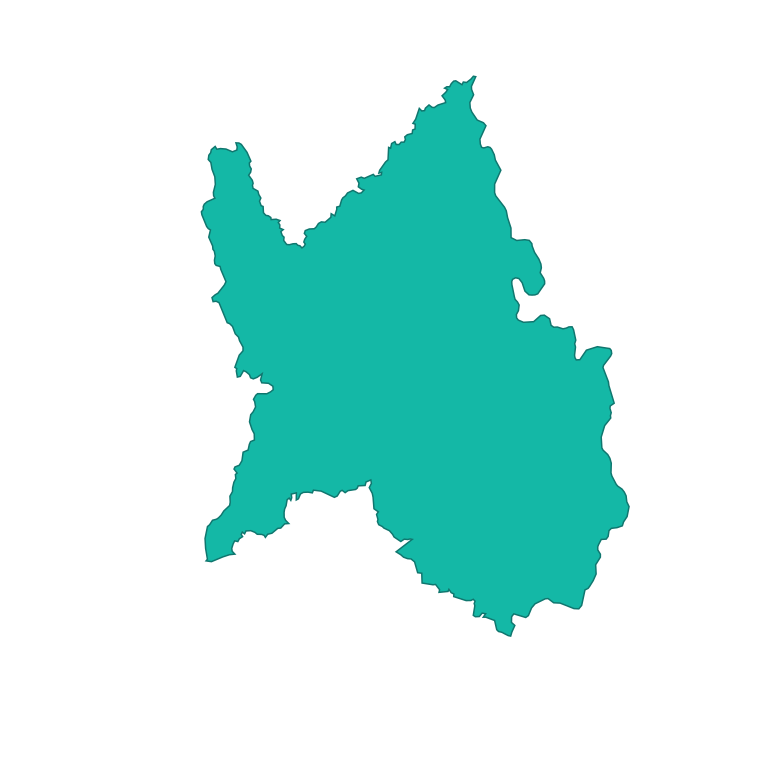 outline of Minaçu, Goiás, Brazil, rotated 341°
{"feature_id": "56859067B20779755358957", "entity_name": "Minaçu", "entity_type": "district", "adm_level": 2, "iso_a3": "BRA", "parent_name": "Brazil", "parent_adm1": "Goiás", "projection": "albers", "projection_center": [-48.381, -13.496], "detail": "fine", "context": "isolated", "style": "filled", "palette": "teal", "viewbox_px": 768, "rotation_deg": 341, "n_neighbors": 0, "source": "geoboundaries", "source_scale": "gbopen_adm2", "svg_char_len": 6171}
<svg xmlns="http://www.w3.org/2000/svg" viewBox="0 0 768 768"><g transform="rotate(341 384 384)"><path d="M249.5,246.3L249.2,250.5L252.2,251.1L254.5,253.4L255.7,275.0L257.7,276.7L259.5,280.3L259.7,288.1L261.7,292.3L261.5,296.0L262.7,303.2L261.5,306.7L256.5,309.6L248.4,319.7L249.8,321.5L248.6,323.5L247.6,329.7L250.6,330.0L255.6,325.6L257.6,327.6L259.8,331.3L259.9,334.7L262.1,336.6L266.2,336.4L272.1,334.6L268.6,340.0L268.8,343.1L275.0,345.7L278.2,349.9L277.4,353.3L274.2,354.5L270.0,355.1L261.3,352.0L259.1,352.9L255.6,356.0L256.0,358.6L255.1,363.9L251.2,367.7L248.0,369.6L244.5,376.0L244.4,384.0L245.1,388.8L243.2,394.8L239.1,395.0L237.1,397.1L234.0,402.2L228.6,402.6L224.7,410.3L220.7,413.7L216.1,413.9L214.5,415.6L216.1,420.4L214.0,421.2L213.1,425.2L210.1,428.0L207.1,432.8L205.7,436.4L201.8,439.9L200.1,445.7L198.5,448.6L191.2,451.9L187.3,455.0L183.9,456.7L181.6,457.3L177.5,457.0L173.3,460.3L170.7,461.3L164.5,471.8L161.8,481.4L160.0,492.2L158.2,493.3L163.0,495.8L175.3,495.0L182.3,495.1L187.6,496.3L186.0,492.8L186.5,489.9L189.2,486.2L191.7,483.7L194.5,485.4L196.9,483.2L200.6,482.3L200.0,479.8L201.8,477.9L203.4,480.3L205.7,478.0L210.3,479.3L213.7,482.3L215.2,484.8L219.4,486.4L221.4,488.1L221.9,490.4L225.1,488.2L229.5,488.6L236.6,485.9L239.5,486.6L244.5,483.9L248.5,484.9L246.6,480.9L246.2,477.6L247.7,472.9L249.3,469.9L251.8,467.2L254.7,461.9L257.2,461.0L258.0,463.7L259.7,461.5L260.5,457.9L265.7,458.4L263.3,465.1L265.7,464.7L269.2,460.8L272.4,460.2L276.9,461.5L280.8,463.6L282.7,461.4L289.7,464.8L300.2,475.0L303.3,474.7L307.6,471.2L309.8,470.9L311.9,474.1L315.2,473.1L322.9,474.5L324.9,473.7L326.4,471.9L333.1,473.8L335.1,470.8L340.3,470.4L339.7,473.9L336.3,477.2L337.3,483.5L336.8,487.5L333.9,498.7L337.0,503.0L334.5,504.9L334.2,510.0L333.0,511.9L333.2,515.3L336.0,518.2L337.0,520.2L341.4,524.5L343.2,529.0L343.7,531.9L348.6,538.4L352.6,537.3L355.9,538.8L358.2,539.0L360.1,540.1L340.8,546.6L344.2,550.8L346.1,554.1L349.4,556.8L352.6,558.2L355.0,562.1L354.4,573.4L358.1,575.2L355.2,584.6L365.0,589.8L367.5,590.3L369.6,596.6L368.2,598.9L377.0,601.0L378.5,599.3L379.6,603.2L381.7,605.3L380.7,607.7L391.1,615.5L395.7,617.0L398.3,616.6L399.4,619.0L397.8,620.9L397.7,623.2L393.1,631.8L394.6,633.8L398.4,634.9L402.2,632.6L405.3,634.3L401.9,636.8L404.3,637.6L411.6,643.6L410.6,653.0L411.7,655.3L414.4,657.0L419.5,662.3L421.7,663.6L424.2,660.1L429.1,654.9L426.9,650.9L428.9,645.6L431.9,643.6L442.0,650.9L445.1,650.0L450.7,643.7L455.3,641.0L466.5,639.6L469.3,640.3L473.2,646.1L479.2,648.5L490.5,658.2L495.0,660.0L498.8,657.7L507.0,644.1L510.4,643.7L512.5,642.3L517.8,638.0L522.7,632.7L525.3,623.8L532.2,618.2L533.2,615.4L532.1,610.5L533.1,607.5L534.5,605.8L538.8,601.7L543.6,603.0L546.3,601.1L549.0,595.9L552.0,594.5L557.6,595.7L563.2,595.7L565.6,592.4L570.7,588.5L575.8,579.7L575.2,574.4L576.5,568.6L576.0,564.4L574.8,560.8L571.7,556.6L570.9,554.4L569.5,545.2L569.7,541.9L573.1,532.9L573.4,527.8L572.6,523.6L569.6,517.9L569.2,515.3L572.1,504.9L579.1,495.2L587.3,490.0L587.8,487.6L589.5,485.1L589.7,480.5L590.8,478.4L595.4,477.1L596.1,458.8L596.9,455.0L596.4,439.7L597.7,437.8L607.3,431.4L609.2,429.4L609.8,426.2L609.0,424.0L597.9,418.2L586.4,417.9L577.1,424.8L573.6,423.8L573.1,421.1L573.6,418.7L577.1,411.4L577.4,408.0L579.6,405.0L580.9,394.5L580.5,391.2L577.5,390.2L574.5,390.5L571.2,390.1L566.5,386.6L563.0,385.6L561.1,382.9L561.8,376.2L558.0,371.1L554.4,370.2L545.8,373.8L536.0,371.1L531.8,367.3L530.9,364.7L531.8,361.4L535.0,358.4L537.5,353.3L536.9,349.9L535.5,346.6L535.7,343.7L537.3,331.6L538.1,328.8L539.6,326.9L543.0,326.4L545.9,328.2L547.6,333.2L547.5,342.1L550.1,346.9L552.9,348.1L555.8,348.9L558.7,348.8L568.5,341.6L569.4,338.9L569.4,336.1L567.9,329.7L570.6,325.4L571.4,321.7L571.1,316.3L569.2,308.5L569.0,301.8L569.5,299.4L568.1,295.5L564.1,293.4L556.2,291.5L551.8,287.0L554.8,277.9L555.0,267.0L556.0,260.1L555.5,256.1L550.9,242.5L550.9,239.0L553.7,231.0L564.1,219.9L562.2,208.5L562.9,203.1L562.2,197.1L561.3,194.9L559.4,193.5L555.2,193.3L553.3,192.0L553.2,188.5L554.4,183.7L564.5,173.0L563.1,169.4L558.1,164.8L555.6,155.5L555.4,151.2L556.8,145.8L562.9,139.7L562.7,134.0L563.6,131.0L570.8,123.3L568.7,122.1L565.5,124.0L560.3,125.8L557.3,124.3L555.2,126.4L550.6,120.7L548.5,120.3L545.4,121.9L542.9,124.3L540.1,123.4L537.6,124.0L540.0,126.3L537.5,128.2L532.7,130.4L534.3,135.4L533.9,138.0L525.9,137.8L521.5,139.0L519.5,138.0L517.4,134.8L512.9,136.7L511.4,138.7L508.6,138.1L507.1,134.9L500.2,143.9L496.2,147.0L498.1,148.5L496.4,153.0L493.8,153.1L492.2,156.3L487.2,155.9L484.1,157.1L483.8,159.9L481.7,161.9L479.0,160.9L476.3,162.5L473.5,161.5L473.2,158.4L469.5,159.1L467.0,163.2L465.4,161.8L460.8,173.3L457.7,174.6L449.5,180.5L447.8,182.9L450.7,183.1L449.6,185.4L443.2,184.8L442.1,182.3L432.3,183.1L429.8,181.0L425.0,181.1L425.7,186.0L423.9,189.2L426.2,192.5L428.3,194.1L424.8,195.9L422.1,195.6L417.7,190.8L411.7,191.5L408.8,193.6L405.7,194.6L403.8,196.2L400.1,201.5L396.9,201.3L396.2,203.5L392.2,209.0L389.5,205.8L388.0,209.1L381.0,211.9L377.5,210.3L374.3,210.9L371.0,213.5L368.6,214.5L363.8,213.1L359.5,213.3L357.7,215.7L359.0,219.2L356.2,221.3L354.4,223.7L355.1,226.1L353.3,227.8L350.7,228.6L349.5,225.9L347.6,224.7L346.7,222.7L343.7,221.8L339.8,221.5L337.4,220.4L335.9,215.6L337.3,212.6L336.2,210.5L336.1,206.3L339.0,205.2L336.1,202.6L337.3,199.7L336.6,196.9L338.9,195.6L335.7,193.1L330.8,191.8L331.2,189.7L329.4,187.3L327.1,186.0L325.8,182.8L327.5,176.8L325.9,175.4L325.8,170.6L328.1,168.1L327.3,163.9L327.6,160.6L323.9,156.4L324.3,153.3L325.6,151.6L325.8,148.5L324.0,142.5L326.8,140.4L328.5,137.4L327.9,134.1L328.6,131.2L330.7,130.0L329.9,120.3L327.1,111.0L325.3,108.9L322.5,107.8L322.4,112.0L321.0,114.9L316.3,115.1L311.1,110.4L305.9,108.1L302.4,107.6L301.7,104.4L297.0,106.2L295.4,108.9L292.9,110.6L290.9,114.5L292.4,118.1L291.3,125.0L291.5,133.0L289.5,140.4L285.1,147.2L284.2,150.5L284.6,153.3L276.0,154.1L272.6,155.5L270.9,157.3L270.0,160.0L267.4,161.7L266.9,164.7L267.6,177.4L268.5,180.0L270.1,181.8L266.1,188.1L266.9,197.7L266.1,200.9L266.8,203.2L266.1,208.0L264.0,211.7L263.2,215.1L263.9,217.2L267.3,219.5L267.0,222.6L267.9,235.8L265.2,238.5L256.5,244.1L253.4,244.7L249.5,246.3Z" fill="#14b8a6" stroke="#0f766e" stroke-width="1.5"/></g></svg>